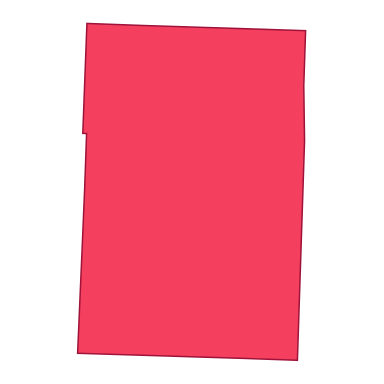 Kandiyohi, Minnesota, United States of America (orthographic projection), rotated 2°
{"feature_id": "52423323B77722174997843", "entity_name": "Kandiyohi", "entity_type": "district", "adm_level": 2, "iso_a3": "USA", "parent_name": "United States of America", "parent_adm1": "Minnesota", "projection": "orthographic", "projection_center": [-95.062, 45.152], "detail": "fine", "context": "isolated", "style": "filled", "palette": "rose", "viewbox_px": 384, "rotation_deg": 2, "n_neighbors": 0, "source": "geoboundaries", "source_scale": "gbopen_adm2", "svg_char_len": 313}
<svg xmlns="http://www.w3.org/2000/svg" viewBox="0 0 384 384"><g transform="rotate(2 192 192)"><path d="M81.1,27.2L80.8,137.2L84.6,137.3L84.6,191.9L84.2,247.0L83.3,357.2L246.5,356.5L303.2,356.5L302.7,136.8L300.0,81.8L299.9,26.8L135.9,27.3L81.1,27.2Z" fill="#f43f5e" stroke="#9f1239" stroke-width="1.5"/></g></svg>